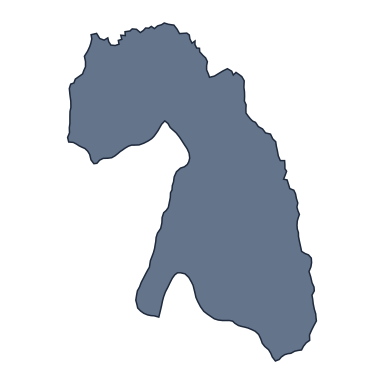 the district of Padre Carvalho, Minas Gerais, Brazil
{"feature_id": "56859067B17742841496007", "entity_name": "Padre Carvalho", "entity_type": "district", "adm_level": 2, "iso_a3": "BRA", "parent_name": "Brazil", "parent_adm1": "Minas Gerais", "projection": "natural_earth1", "projection_center": [-42.596, -16.309], "detail": "fine", "context": "isolated", "style": "filled", "palette": "slate", "viewbox_px": 384, "rotation_deg": 0, "n_neighbors": 0, "source": "geoboundaries", "source_scale": "gbopen_adm2", "svg_char_len": 3484}
<svg xmlns="http://www.w3.org/2000/svg" viewBox="0 0 384 384"><path d="M91.1,34.7L91.8,38.9L90.9,43.0L89.7,46.7L87.6,51.2L84.4,56.3L85.5,61.5L85.5,66.8L83.7,70.8L82.6,73.9L79.1,76.4L75.3,79.1L73.9,83.0L70.7,84.1L69.3,88.5L70.0,95.3L70.8,101.2L70.9,107.5L70.0,111.5L69.9,116.0L69.9,120.0L69.9,123.3L69.3,127.8L69.5,132.8L67.6,137.4L68.7,142.0L73.3,142.4L76.5,144.1L79.1,145.8L81.7,147.1L84.9,148.5L87.7,151.2L89.7,154.5L91.0,159.9L93.9,163.7L96.9,163.3L99.6,160.2L103.1,158.4L108.0,158.2L111.7,157.7L114.9,155.9L117.7,153.7L120.1,151.6L122.5,150.0L125.0,148.2L128.4,146.2L131.6,145.1L134.7,145.1L139.1,144.9L143.8,143.2L148.1,141.0L151.6,138.7L153.9,136.4L156.2,133.3L158.1,130.5L159.9,127.3L161.6,124.3L164.8,120.9L168.0,123.5L170.2,127.5L172.7,129.8L176.1,132.8L179.2,136.7L181.5,140.1L184.1,144.2L187.1,148.7L189.1,153.2L189.7,158.1L188.8,161.7L187.3,164.5L184.4,166.8L180.5,168.1L176.5,171.7L174.2,176.9L173.5,182.0L172.3,185.6L172.0,189.9L170.5,192.8L170.3,197.6L169.3,202.6L168.3,207.5L166.3,210.4L163.7,212.7L162.1,217.6L161.9,222.8L160.7,228.4L157.5,233.1L156.1,237.5L155.8,241.2L155.1,245.3L154.5,248.9L153.4,252.8L151.9,256.8L150.4,260.7L149.4,267.2L147.7,270.1L145.8,273.6L143.8,277.5L141.2,282.5L139.6,286.9L137.4,290.8L136.5,295.6L135.8,300.2L137.0,304.8L137.7,308.0L140.6,311.0L143.8,313.3L147.6,314.9L151.0,315.6L154.1,315.8L158.8,317.1L160.3,311.0L161.5,305.9L162.5,301.0L163.6,296.8L165.4,291.9L167.7,287.5L170.0,282.7L172.3,278.2L174.8,274.8L177.5,272.8L180.7,272.8L185.0,273.8L188.8,277.4L191.6,282.3L193.1,285.4L194.1,289.4L195.2,293.9L195.9,297.3L197.8,301.6L200.6,306.9L203.8,311.3L207.4,314.1L210.9,316.5L214.3,318.8L218.2,320.0L222.4,320.5L225.5,320.5L229.5,320.5L232.7,321.2L234.9,323.3L238.4,325.5L241.9,326.5L244.7,327.1L248.0,328.0L251.8,329.6L255.1,331.2L258.7,334.5L260.8,339.0L262.3,343.3L264.8,346.5L268.6,349.7L270.8,353.3L272.3,357.0L275.4,361.0L279.2,359.5L281.3,357.0L284.6,354.7L287.8,353.7L290.9,353.3L294.7,351.2L298.4,350.4L301.5,350.0L303.5,346.2L306.2,342.8L309.7,340.3L309.5,334.9L311.6,330.1L313.9,325.5L316.4,320.9L316.0,317.4L315.7,313.8L314.3,309.2L313.2,303.7L312.7,299.3L312.0,295.1L314.3,290.8L314.0,287.0L312.0,282.7L310.7,276.9L309.0,271.5L310.9,266.9L311.6,262.7L311.3,258.1L308.5,254.9L305.0,253.5L301.6,251.4L300.5,246.2L299.4,241.2L298.5,236.6L298.4,232.6L297.3,229.1L297.0,225.5L297.3,221.0L298.3,217.6L299.4,214.4L297.9,210.8L296.9,207.0L297.8,203.0L296.4,198.5L295.5,193.8L293.8,190.2L289.8,188.6L288.4,184.0L287.1,179.9L283.6,179.2L285.2,175.1L286.6,171.2L284.9,168.7L284.9,164.7L284.6,160.6L280.3,160.6L278.3,155.9L277.4,150.9L276.4,146.4L275.7,141.7L272.7,138.8L270.5,134.1L265.5,132.9L262.5,128.9L258.3,126.6L255.5,122.4L252.5,121.0L250.3,118.8L248.3,116.3L246.0,113.1L245.9,109.2L246.1,104.8L244.4,101.1L244.6,96.4L244.5,91.9L243.9,87.4L244.2,80.8L241.8,76.6L239.0,74.5L236.0,72.4L233.3,75.0L231.7,71.2L227.4,68.7L222.8,71.0L218.5,73.6L214.4,76.1L209.5,77.3L208.4,74.1L206.6,69.9L206.6,65.6L207.4,61.7L205.6,57.9L202.9,55.4L199.7,51.8L199.5,48.3L196.6,48.0L194.9,44.4L195.0,41.0L192.0,43.2L189.9,39.0L189.3,35.0L186.8,33.1L183.8,33.3L179.5,33.6L177.0,29.1L173.9,25.1L168.5,24.3L164.2,23.0L161.6,24.7L157.6,25.9L154.4,28.6L151.3,26.4L148.8,28.2L145.6,28.0L143.3,30.5L140.3,32.6L136.5,29.3L132.2,28.9L129.9,31.0L125.0,31.7L125.3,35.6L120.8,35.2L121.8,39.4L118.3,40.4L119.0,44.2L115.2,45.5L110.9,45.1L108.7,41.7L107.8,37.9L104.1,40.1L99.7,38.5L96.6,33.4L91.1,34.7Z" fill="#64748b" stroke="#1e293b" stroke-width="1.5"/></svg>